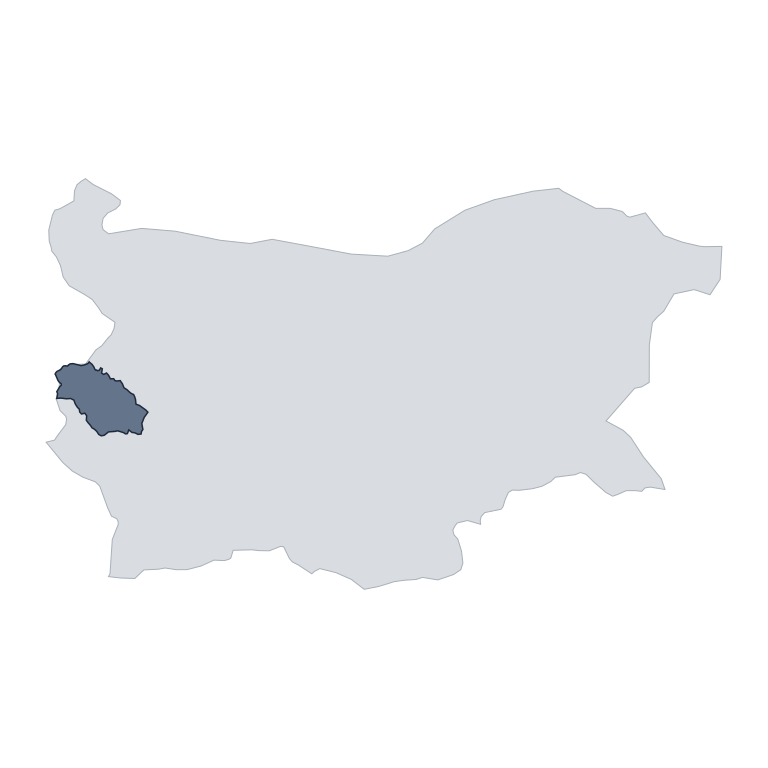 Pernik on a map of Bulgaria (Natural Earth projection)
{"feature_id": "BGR-2245", "entity_name": "Pernik", "entity_type": "Province", "adm_level": 1, "iso_a3": "BGR", "parent_name": "Bulgaria", "parent_adm1": "", "projection": "natural_earth1", "projection_center": [22.785, 42.63], "detail": "fine", "context": "in_parent", "style": "filled", "palette": "slate", "viewbox_px": 768, "rotation_deg": 0, "n_neighbors": 0, "source": "natural_earth", "source_scale": "10m", "svg_char_len": 3441}
<svg xmlns="http://www.w3.org/2000/svg" viewBox="0 0 768 768"><path d="M665.0,489.5L650.2,487.1L645.0,487.9L641.8,491.3L634.9,490.6L626.4,490.6L617.6,494.5L612.7,496.2L606.1,492.6L593.7,481.9L586.2,474.4L580.6,472.5L575.1,474.7L555.3,477.2L550.7,481.6L541.6,486.4L532.4,488.7L519.2,490.3L512.3,490.1L508.4,492.4L505.2,499.5L503.1,506.4L501.2,509.2L484.7,512.6L481.2,516.5L480.2,520.4L480.6,524.3L467.4,520.5L457.2,523.0L454.9,526.0L452.8,530.2L454.0,534.8L457.8,539.1L461.5,551.1L462.9,563.0L460.8,569.7L453.4,574.6L437.8,579.9L422.6,577.4L415.9,579.5L404.7,580.2L394.4,581.6L378.5,586.5L364.2,589.3L351.3,579.4L335.9,572.6L319.8,568.6L314.2,571.5L311.8,573.8L298.4,565.0L292.3,561.9L289.4,558.5L283.7,546.8L280.4,546.4L269.3,550.8L258.7,550.6L252.2,549.8L233.2,550.3L230.7,558.3L228.3,559.5L224.2,560.6L214.0,560.1L201.1,566.0L187.2,569.6L176.3,569.7L165.1,568.0L158.4,569.2L143.9,569.9L134.8,578.5L120.5,578.0L108.5,576.6L110.0,573.8L112.3,539.5L118.3,524.2L118.0,521.0L116.8,518.7L111.5,516.2L107.7,507.9L99.8,486.2L95.3,481.8L82.9,477.2L72.1,470.9L62.9,462.6L46.1,442.2L54.6,440.1L57.2,436.0L65.7,424.7L66.6,419.2L65.7,416.1L60.1,410.7L56.2,398.9L59.1,387.9L59.4,382.2L56.5,376.6L59.5,369.7L65.6,365.8L69.5,364.7L85.6,364.0L95.8,350.0L101.9,345.6L108.3,337.6L111.2,334.8L114.0,328.6L115.0,322.3L102.2,313.5L97.9,306.9L92.2,299.5L84.6,294.5L69.2,285.8L63.2,277.0L60.5,265.6L56.4,256.9L51.9,251.3L51.0,246.7L49.2,241.1L48.8,230.0L52.4,215.3L54.8,210.2L60.0,208.7L73.9,200.9L74.5,190.9L77.0,184.7L81.4,181.1L85.5,178.7L93.1,184.5L111.5,193.8L120.4,200.5L120.0,204.7L115.8,208.9L107.8,212.9L103.1,218.3L101.9,225.0L103.1,229.7L108.6,233.8L141.7,228.4L175.2,231.2L220.3,240.3L250.2,243.5L272.2,239.3L313.1,246.9L351.2,254.1L387.8,256.2L408.2,250.6L422.5,243.1L434.7,228.9L465.0,210.2L494.4,199.7L533.0,191.2L558.8,188.3L562.5,191.2L595.7,208.4L610.3,208.4L622.3,211.5L626.7,216.0L629.7,217.2L645.4,212.9L652.5,222.3L663.8,235.5L682.5,242.2L699.2,246.1L704.4,246.7L721.9,246.4L720.1,279.4L710.0,294.7L694.1,289.6L674.0,293.9L663.7,311.3L657.7,316.5L652.4,322.6L649.3,345.2L649.2,382.4L641.6,386.9L634.6,388.3L606.0,421.0L623.0,430.2L630.6,437.2L643.3,456.7L661.3,478.8L665.0,489.5Z" fill="#d9dde1" stroke="#a8b0b8" stroke-width="1"/><path d="M81.2,365.6L84.5,364.9L87.8,363.6L89.1,362.1L89.2,361.9L89.8,362.5L92.2,364.5L94.0,367.2L94.6,368.8L95.6,370.1L96.6,370.0L97.4,370.7L99.2,370.3L100.7,367.9L102.3,368.8L101.6,373.1L103.7,374.4L106.5,373.0L108.6,375.3L110.4,378.8L113.7,378.7L114.9,380.6L116.9,381.0L120.2,380.6L122.4,383.8L124.0,387.8L126.9,389.6L129.4,392.0L131.3,393.5L133.6,394.5L134.7,396.8L135.5,399.4L136.0,404.2L139.4,405.4L145.8,410.0L147.9,412.2L144.2,417.4L141.8,423.5L142.9,429.5L141.5,431.5L141.1,434.0L138.0,434.4L135.1,432.9L131.9,432.4L128.8,429.9L127.4,433.6L125.5,433.9L123.5,432.6L117.6,430.8L115.1,431.4L108.5,431.9L104.2,435.3L101.2,435.8L98.7,434.4L96.8,431.4L94.4,429.2L92.0,427.8L90.3,425.2L88.0,422.6L86.3,420.2L86.7,415.8L84.8,413.2L81.5,414.0L79.7,412.0L79.3,409.2L77.4,407.3L75.3,404.0L73.9,400.1L70.6,398.5L66.4,398.8L61.1,398.1L56.7,398.4L57.1,397.0L57.6,393.6L56.8,391.7L59.7,386.7L61.1,385.4L61.2,385.0L61.3,384.6L61.2,384.1L61.1,383.7L59.5,382.5L58.0,380.5L55.5,374.6L55.1,374.1L55.3,373.6L55.6,373.1L56.3,372.1L57.2,371.3L60.0,370.0L61.1,369.1L62.8,366.6L63.8,365.9L65.3,365.8L67.2,366.1L68.0,365.7L68.6,364.9L70.1,363.9L73.0,363.6L81.2,365.6Z" fill="#64748b" stroke="#1e293b" stroke-width="1.5"/></svg>